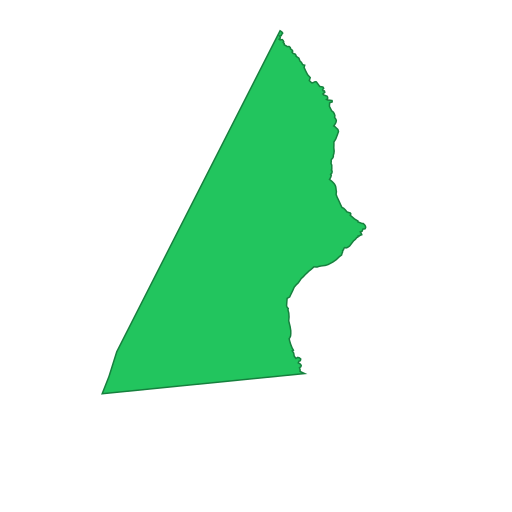 the district of Badrulchau, Ngarchelong, Palau, rotated 34°
{"feature_id": "81905179B80173793972451", "entity_name": "Badrulchau", "entity_type": "district", "adm_level": 2, "iso_a3": "PLW", "parent_name": "Palau", "parent_adm1": "Ngarchelong", "projection": "orthographic", "projection_center": [134.635, 7.709], "detail": "fine", "context": "isolated", "style": "filled", "palette": "green", "viewbox_px": 512, "rotation_deg": 34, "n_neighbors": 0, "source": "geoboundaries", "source_scale": "gbopen_adm2", "svg_char_len": 2752}
<svg xmlns="http://www.w3.org/2000/svg" viewBox="0 0 512 512"><g transform="rotate(34 256 256)"><path d="M317.4,363.3L362.0,326.3L358.8,326.8L357.0,327.0L356.3,325.8L354.5,324.3L355.1,322.8L354.8,321.6L354.0,321.1L352.8,320.8L350.8,321.0L350.4,319.3L351.3,318.0L350.7,316.4L348.9,316.2L347.3,316.7L346.4,318.6L343.6,317.6L341.5,315.4L339.1,314.4L339.7,313.2L337.3,312.0L334.1,309.8L331.5,307.7L329.7,306.0L329.7,304.8L329.4,303.0L328.3,301.0L326.6,298.5L323.8,295.5L319.4,291.5L317.5,288.1L315.1,285.0L312.6,282.8L312.1,281.5L310.4,281.1L309.2,280.2L306.8,276.1L305.5,273.7L306.8,271.1L306.5,269.4L305.8,264.3L305.1,260.5L305.5,257.1L306.0,255.1L306.1,253.3L306.1,249.5L306.8,246.7L307.2,243.9L308.0,240.5L308.4,238.6L309.0,236.9L310.1,232.6L312.8,231.0L314.1,229.3L315.8,227.6L318.8,225.0L320.6,222.7L323.1,218.0L324.6,214.1L325.5,209.9L326.4,207.3L325.9,206.0L325.5,204.1L324.7,203.0L325.1,202.1L324.6,200.3L324.9,199.3L326.1,199.0L327.1,197.7L328.0,195.4L328.2,192.2L328.4,188.9L329.1,186.5L329.2,184.5L329.9,183.4L329.5,182.2L330.3,181.9L330.8,180.6L331.8,179.2L331.1,178.7L329.0,177.7L330.1,176.2L329.6,173.8L330.5,173.2L331.2,172.4L331.0,171.1L330.1,170.1L328.6,169.4L326.7,169.1L325.6,169.8L321.4,170.7L321.0,170.0L316.9,170.2L311.3,169.5L311.1,168.1L310.1,167.6L306.7,168.6L304.6,167.9L301.9,167.4L300.1,167.7L297.2,166.0L294.0,164.0L290.1,161.7L287.9,160.1L287.5,159.3L286.7,157.7L285.7,156.7L284.2,154.9L283.0,153.7L281.1,152.6L279.8,152.2L277.5,151.7L274.1,151.4L274.0,149.9L273.8,148.5L273.2,146.9L272.2,146.6L272.5,144.7L271.6,143.0L270.4,142.6L270.4,141.8L268.0,138.3L266.3,137.2L265.7,135.8L264.7,134.5L264.6,133.4L264.8,132.0L264.6,130.5L263.7,129.1L263.3,127.6L262.1,125.3L260.0,122.8L258.5,120.4L256.8,117.9L256.7,114.4L255.6,109.7L254.8,106.7L253.1,105.3L250.5,104.9L248.9,104.6L247.7,104.7L247.8,103.3L247.7,101.5L247.4,100.0L246.7,98.6L245.4,97.8L243.7,97.2L242.9,95.5L241.5,94.4L239.8,93.5L237.5,93.3L233.2,90.9L231.4,87.9L233.0,85.6L232.1,84.6L230.0,85.6L228.7,86.4L227.0,86.8L227.4,85.5L226.6,84.3L225.5,83.8L222.1,84.6L220.8,84.3L221.5,81.8L220.4,80.9L219.4,81.5L218.2,80.9L218.3,79.1L217.0,78.5L214.0,79.8L208.7,77.9L207.6,78.4L206.1,80.8L205.3,81.3L202.1,80.8L201.2,77.8L197.3,76.8L193.5,74.7L190.4,72.8L189.7,70.6L187.7,71.3L185.4,70.1L183.2,69.7L182.6,69.2L180.9,68.0L177.5,68.0L177.0,67.3L175.7,66.7L173.4,67.3L171.8,66.8L172.0,65.9L171.3,65.2L170.0,65.0L168.8,65.0L167.9,64.0L166.3,63.8L164.7,65.0L163.3,64.9L161.3,65.1L160.5,64.0L159.2,63.8L159.1,62.8L158.2,62.3L156.8,61.9L155.1,63.4L153.9,63.3L154.3,61.7L153.5,60.9L152.5,60.4L153.7,59.2L153.4,58.0L153.5,56.3L152.1,55.8L150.0,55.8L177.4,278.3L194.1,413.2L201.5,438.1L205.5,456.2L263.4,408.1L317.4,363.3Z" fill="#22c55e" stroke="#15803d" stroke-width="1.5"/></g></svg>